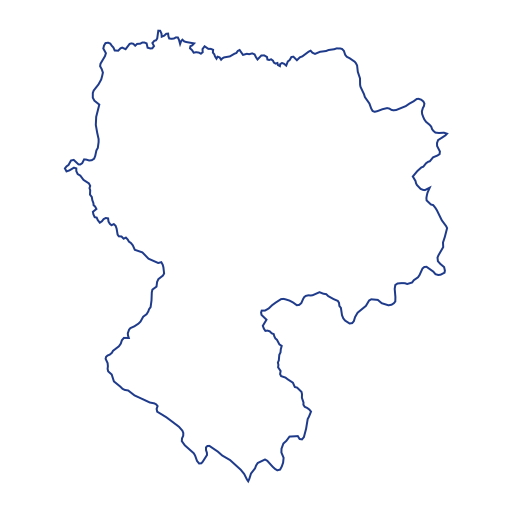 Ibiá, Minas Gerais, Brazil
{"feature_id": "56859067B12379511984109", "entity_name": "Ibiá", "entity_type": "district", "adm_level": 2, "iso_a3": "BRA", "parent_name": "Brazil", "parent_adm1": "Minas Gerais", "projection": "natural_earth1", "projection_center": [-46.592, -19.604], "detail": "fine", "context": "isolated", "style": "outline", "palette": "blue", "viewbox_px": 512, "rotation_deg": 0, "n_neighbors": 0, "source": "geoboundaries", "source_scale": "gbopen_adm2", "svg_char_len": 5917}
<svg xmlns="http://www.w3.org/2000/svg" viewBox="0 0 512 512"><path d="M111.7,374.5L113.9,381.4L120.4,386.7L122.5,388.8L124.7,389.9L128.2,390.5L134.5,395.4L149.8,402.5L154.4,403.4L156.2,404.4L157.6,406.1L156.6,408.9L157.2,411.7L166.4,417.3L179.0,426.8L182.4,430.7L183.3,433.0L183.2,435.8L182.0,438.4L181.8,441.1L184.8,445.3L193.8,453.3L195.1,455.6L197.0,460.9L199.1,463.5L201.3,463.3L202.6,461.9L207.0,455.0L206.9,452.7L206.0,450.1L206.0,447.4L207.4,446.0L209.4,445.9L217.8,451.6L222.2,455.5L230.1,460.1L240.7,469.7L244.2,474.0L246.9,479.4L248.2,481.3L249.3,478.9L251.0,473.5L255.0,468.4L256.1,465.5L257.7,463.0L265.0,459.5L267.3,460.8L272.7,466.8L275.0,468.9L277.3,470.3L280.1,469.6L281.8,466.4L283.1,462.7L283.6,457.8L281.4,452.5L281.5,448.7L283.4,443.5L286.3,440.9L289.5,436.6L297.8,436.1L299.6,439.0L302.0,439.4L303.9,437.1L306.1,428.7L307.7,419.0L308.9,416.8L311.0,411.6L309.3,409.5L307.1,407.9L304.7,406.8L303.4,404.7L303.5,402.5L301.9,397.8L302.0,394.2L301.5,391.9L297.1,387.6L294.8,387.0L292.9,382.7L287.7,379.3L285.5,377.6L281.1,376.1L280.1,374.1L280.6,371.0L278.1,367.3L278.4,364.9L277.9,362.6L278.8,360.4L279.3,354.8L280.5,352.4L280.8,349.2L281.7,345.9L279.4,344.4L276.9,339.7L275.4,338.5L274.3,336.3L273.7,334.1L271.7,333.3L269.7,331.3L267.4,330.6L265.4,330.9L263.9,328.7L262.8,325.8L266.5,319.7L261.5,314.9L261.1,312.5L261.7,310.6L264.9,310.6L267.1,309.4L268.9,308.3L272.1,305.2L275.8,302.5L281.1,299.1L283.6,298.9L285.7,299.4L289.5,300.6L293.1,302.5L296.8,305.2L299.2,304.9L301.3,303.1L303.2,298.8L304.2,297.1L305.8,295.9L308.4,295.3L310.7,295.5L312.7,295.2L319.5,292.2L323.3,293.7L326.3,294.2L328.2,296.1L333.6,299.1L337.8,300.9L339.0,302.8L339.4,306.0L340.9,307.9L342.0,315.2L343.3,318.4L345.1,320.6L349.6,323.5L352.2,323.1L353.8,321.2L355.1,317.0L357.6,312.7L365.9,305.9L369.1,300.5L371.3,299.3L377.8,299.9L381.7,303.2L388.5,305.3L391.6,304.7L393.9,303.2L395.3,301.4L395.4,297.1L394.7,288.8L395.3,285.0L397.5,283.5L401.6,283.1L404.9,283.2L407.2,284.0L412.1,282.5L413.8,280.2L418.0,277.3L419.5,275.1L422.5,268.5L424.3,267.0L426.5,266.8L433.3,271.6L435.5,274.2L438.3,275.0L440.6,274.7L444.5,272.7L444.9,270.6L444.1,267.1L440.3,263.9L437.9,261.2L437.5,257.6L438.4,255.4L443.2,247.1L443.0,242.5L444.8,237.0L447.1,228.1L446.1,226.1L441.8,220.3L436.9,210.3L435.4,207.9L433.2,205.1L430.9,204.5L426.6,200.4L426.4,198.0L426.8,195.6L427.5,192.7L429.7,187.7L424.9,190.1L423.1,189.9L420.6,188.9L416.9,185.0L416.0,183.2L415.5,181.0L412.8,176.5L417.3,171.1L421.4,167.4L423.3,166.7L426.0,163.3L428.1,161.8L429.8,161.3L433.1,157.3L437.5,155.5L439.6,154.1L439.9,151.5L437.1,146.0L437.0,143.0L438.1,140.1L445.4,135.4L447.0,133.7L443.9,132.7L439.0,133.0L435.4,132.6L433.4,130.9L432.1,129.2L431.2,126.6L429.6,124.8L426.0,121.8L424.3,119.4L423.2,116.9L422.1,113.9L421.9,111.3L422.9,107.9L423.9,106.2L424.4,103.6L423.4,101.5L421.2,99.7L418.5,98.8L416.7,99.0L413.6,101.3L409.4,103.6L405.8,106.1L396.2,110.0L393.5,110.3L391.5,109.9L389.4,108.6L387.1,108.1L382.5,109.2L377.5,111.1L374.7,111.8L372.6,111.0L371.2,108.5L369.4,103.5L364.9,97.1L364.0,94.2L360.5,86.8L360.1,84.8L360.0,78.4L357.8,71.8L357.1,65.5L355.9,63.2L354.7,61.7L349.6,58.2L346.8,56.8L345.2,54.8L343.9,50.9L342.1,49.0L340.4,48.5L336.6,48.4L334.3,49.2L328.6,50.0L326.1,51.0L320.0,51.8L315.0,53.9L312.4,52.7L310.6,50.7L308.6,51.7L302.3,56.4L299.9,57.3L296.9,60.2L293.4,56.7L291.4,57.0L289.7,60.0L287.8,61.5L286.2,65.6L284.1,63.8L282.0,63.0L280.2,64.1L279.9,66.1L277.9,65.0L277.4,63.0L275.6,63.6L273.9,62.6L273.0,60.7L271.1,59.3L269.2,60.0L267.4,59.5L267.0,57.0L264.2,55.4L261.3,55.5L257.5,59.5L255.9,57.1L254.6,54.4L252.2,53.4L249.2,54.2L246.8,53.8L243.0,54.9L239.6,50.0L237.7,51.0L236.4,53.0L234.5,53.7L229.9,56.4L224.1,57.4L222.4,58.3L221.1,59.7L219.6,57.4L217.6,56.7L216.5,58.7L215.0,56.4L214.3,54.3L212.9,52.6L213.1,49.8L210.8,48.9L208.4,48.9L204.6,46.3L202.5,49.1L202.7,52.2L200.9,53.7L198.9,52.6L196.1,52.2L193.7,52.7L192.1,50.2L190.0,48.3L190.4,46.2L192.2,45.4L194.1,43.4L186.1,42.0L184.2,41.4L182.4,39.7L181.1,41.2L180.1,44.0L179.0,39.9L177.9,37.5L175.9,37.4L174.0,38.5L171.6,38.8L169.2,38.5L168.4,36.2L168.1,33.6L166.2,33.8L164.3,35.6L161.7,36.7L161.5,33.7L160.2,30.8L158.3,30.7L157.2,38.5L156.0,40.3L154.3,40.8L152.4,43.0L154.0,46.1L152.3,48.3L150.5,48.5L147.6,47.7L146.6,43.4L144.3,42.5L142.4,42.5L140.2,43.7L137.1,43.9L135.2,45.7L133.3,43.8L131.4,43.4L129.6,43.9L125.6,49.2L122.2,47.6L120.5,48.3L118.2,50.7L114.7,50.5L113.4,47.5L111.8,45.8L110.3,43.6L108.1,42.7L105.5,43.1L104.0,45.6L103.3,48.5L105.9,53.2L105.0,56.1L100.5,63.7L100.1,66.2L101.7,69.1L102.9,72.6L102.2,75.8L101.2,79.5L98.5,84.4L93.7,90.5L92.8,93.0L92.8,97.7L94.4,100.7L99.3,104.6L96.2,116.8L95.8,124.9L97.2,132.8L98.6,139.1L98.6,142.1L97.8,147.9L96.4,150.4L95.2,156.0L94.1,158.7L91.8,160.2L89.2,160.5L86.3,159.6L84.1,159.4L82.2,163.2L80.2,164.5L78.5,164.4L73.7,159.9L71.0,160.5L68.5,165.0L66.6,166.3L64.9,168.4L66.5,171.4L69.4,170.4L73.9,167.7L76.3,168.4L76.3,171.1L77.7,174.1L80.3,175.6L83.5,179.9L88.9,183.4L90.2,185.9L89.5,188.1L90.2,190.2L90.0,194.6L91.8,197.0L92.3,200.1L93.4,203.1L93.6,205.2L95.1,206.5L96.4,209.0L92.9,211.8L93.4,214.4L94.7,217.2L96.7,217.6L97.7,220.0L99.8,222.7L101.9,221.3L103.6,219.1L105.8,218.0L108.1,218.4L108.5,221.6L109.9,223.9L111.5,225.2L113.8,224.1L115.6,225.8L116.6,228.6L117.6,234.6L118.8,236.3L121.5,236.5L123.6,238.7L125.9,237.6L127.7,239.5L128.9,241.6L130.9,243.0L132.8,245.3L134.8,249.8L142.4,252.4L148.5,258.7L158.2,263.0L161.3,262.2L162.7,264.7L163.4,267.3L164.1,273.5L162.9,275.6L158.4,279.1L157.1,281.9L156.5,286.6L152.4,289.6L151.8,292.4L151.5,300.4L150.6,307.1L149.0,309.3L148.3,311.4L146.6,314.2L143.2,316.7L140.5,321.6L138.5,323.6L134.4,326.3L130.4,328.1L129.1,329.6L127.8,333.3L128.0,335.5L128.8,338.0L123.9,337.9L121.9,340.2L120.8,343.6L118.9,346.3L113.0,350.8L111.9,352.8L109.8,354.6L107.6,355.5L106.1,356.8L105.6,358.8L107.6,363.1L107.9,366.2L107.6,368.9L108.2,371.4L111.7,374.5Z" fill="none" stroke="#1e3a8a" stroke-width="2"/></svg>